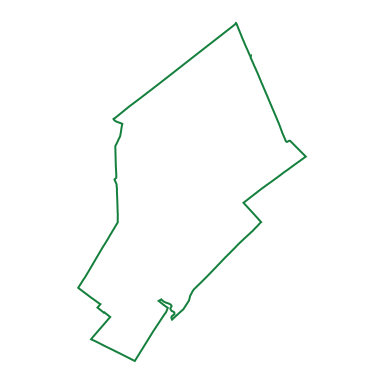 Armasesti, Ialomita, Romania
{"feature_id": "2599482B46256355361374", "entity_name": "Armasesti", "entity_type": "district", "adm_level": 2, "iso_a3": "ROU", "parent_name": "Romania", "parent_adm1": "Ialomita", "projection": "orthographic", "projection_center": [26.604, 44.779], "detail": "fine", "context": "isolated", "style": "outline", "palette": "green", "viewbox_px": 384, "rotation_deg": 0, "n_neighbors": 0, "source": "geoboundaries", "source_scale": "gbopen_adm2", "svg_char_len": 3685}
<svg xmlns="http://www.w3.org/2000/svg" viewBox="0 0 384 384"><path d="M261.1,222.1L260.8,221.8L260.4,221.3L251.8,211.8L251.5,211.5L243.5,202.8L243.8,202.5L245.9,200.9L249.6,198.0L261.5,188.8L265.9,185.6L270.4,182.4L274.4,179.5L276.3,178.1L281.3,174.4L283.2,172.9L283.6,172.6L285.0,171.6L288.3,169.3L291.0,167.3L295.8,163.8L302.9,158.7L303.7,158.1L305.8,156.6L305.2,156.0L302.9,153.7L301.4,152.2L290.3,141.0L290.0,140.8L289.8,140.7L289.6,140.7L289.3,140.8L288.9,140.9L288.6,141.0L288.4,141.1L287.9,141.5L287.5,141.7L287.4,141.8L287.0,141.8L286.7,141.8L286.3,141.6L286.1,141.5L285.9,141.3L285.8,141.0L285.7,140.9L285.6,140.6L285.2,139.7L284.9,138.8L284.6,138.2L284.3,137.4L284.0,136.8L283.6,135.7L283.2,135.0L282.6,133.6L279.6,125.5L278.3,122.2L278.1,121.8L275.9,116.5L271.4,106.0L269.6,101.7L268.7,99.6L266.6,94.5L265.6,92.3L263.7,87.8L262.8,85.6L262.3,84.5L262.2,84.3L261.8,83.3L261.4,82.5L261.2,82.0L260.8,80.9L260.3,79.7L259.8,78.6L259.4,77.6L259.2,77.1L258.6,75.7L257.8,73.8L257.4,72.8L257.0,71.9L256.5,70.9L255.8,69.1L254.9,67.3L254.0,65.2L253.0,62.9L252.4,61.6L251.1,58.7L250.7,58.0L250.8,57.6L250.9,55.9L250.3,56.3L249.2,54.0L248.6,52.6L248.0,51.2L247.0,48.9L246.6,48.1L246.2,47.2L245.9,46.6L245.2,44.9L244.2,42.6L243.4,40.6L242.7,39.0L242.4,38.4L241.6,36.4L241.1,35.1L240.7,34.1L240.2,32.8L239.9,32.1L239.6,31.4L238.9,29.8L238.6,29.0L238.3,28.2L237.8,27.0L237.6,26.4L237.2,25.5L236.9,24.8L236.7,24.3L236.6,24.1L236.5,23.8L236.2,23.2L235.9,23.0L235.5,23.7L235.3,24.1L235.0,24.4L233.5,25.6L232.1,26.7L191.3,58.5L168.2,76.6L158.7,84.0L138.4,99.6L129.3,106.4L114.7,118.3L113.6,118.7L113.5,118.8L113.5,119.1L113.7,119.4L114.1,119.9L115.4,121.1L116.4,121.6L122.3,123.8L121.5,127.9L121.0,131.4L120.6,133.8L120.2,135.9L119.9,136.8L118.8,138.9L117.4,142.0L116.7,143.5L115.9,144.9L115.3,146.2L115.8,165.5L116.3,175.0L116.3,177.7L114.5,179.5L115.4,181.6L116.6,184.4L116.6,186.3L117.0,188.9L116.9,191.1L117.2,197.7L117.3,200.6L117.4,203.8L117.5,207.2L117.6,210.1L117.6,212.4L117.8,213.5L117.8,214.4L117.7,220.3L117.8,222.1L117.3,223.1L116.1,225.1L110.3,234.8L107.2,240.1L104.0,245.3L103.5,245.9L88.9,270.8L84.9,277.5L83.6,279.3L78.2,287.8L78.3,287.9L79.9,289.2L80.0,289.2L81.7,290.5L81.8,290.6L86.5,294.1L87.3,294.7L91.2,297.7L91.4,297.8L95.8,300.9L95.8,301.0L100.2,304.1L100.4,304.2L97.5,307.6L103.9,312.7L104.3,312.3L110.2,317.0L96.7,332.6L92.3,337.7L91.1,339.3L95.1,341.1L97.1,342.1L104.9,346.1L119.8,353.4L134.8,361.0L153.3,331.2L164.0,315.0L166.1,312.2L167.8,307.9L163.5,304.8L159.7,301.7L158.7,300.9L161.3,299.4L161.8,300.0L162.4,300.4L163.6,301.5L165.0,302.2L166.1,302.7L167.7,303.2L168.9,303.6L169.9,304.2L170.6,304.5L171.0,304.9L171.2,305.2L171.4,305.7L171.6,306.1L171.5,306.5L170.5,307.9L170.4,308.8L170.7,309.6L171.0,310.1L171.5,310.7L171.9,311.1L172.8,311.4L173.3,311.7L173.9,312.1L174.2,312.3L174.4,312.8L174.4,313.2L174.4,313.7L174.4,314.1L174.3,314.3L173.7,314.7L173.2,315.1L172.6,315.7L172.2,315.9L171.9,316.2L171.5,316.9L171.4,317.8L171.5,318.4L171.8,319.0L172.1,319.6L173.5,318.2L183.4,309.2L185.3,306.3L189.0,300.5L189.3,299.3L189.7,297.9L189.9,296.7L190.1,296.2L190.2,295.7L190.9,294.5L191.6,293.2L192.1,292.1L192.5,291.5L192.9,290.8L193.1,290.5L193.4,290.1L193.6,289.7L193.9,289.3L194.4,288.9L194.6,288.7L198.6,284.8L206.9,276.6L215.1,268.1L221.4,261.5L223.3,259.5L225.2,257.5L229.4,253.4L230.5,252.3L230.9,251.8L232.4,250.3L235.4,247.3L236.9,245.7L239.2,243.4L241.6,241.1L244.6,238.3L245.5,237.5L246.4,236.6L249.1,234.2L251.7,231.7L252.0,231.6L252.4,231.2L252.9,230.7L253.1,230.4L253.6,229.9L254.1,229.3L254.5,229.0L254.8,228.6L255.2,228.2L255.9,227.5L256.9,226.5L258.2,225.1L260.3,222.8L260.7,222.4L261.1,222.1Z" fill="none" stroke="#15803d" stroke-width="2"/></svg>